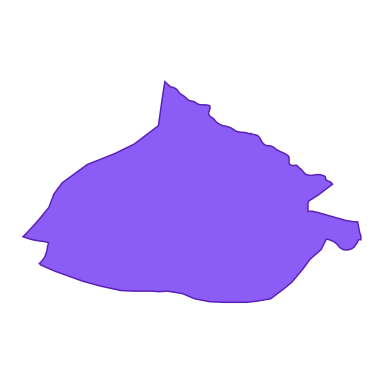 Talvern/Babonneau, Castries, Saint Lucia (Albers equal-area conic projection)
{"feature_id": "8701671B96630840865992", "entity_name": "Talvern/Babonneau", "entity_type": "district", "adm_level": 2, "iso_a3": "LCA", "parent_name": "Saint Lucia", "parent_adm1": "Castries", "projection": "albers", "projection_center": [-60.941, 13.997], "detail": "fine", "context": "isolated", "style": "filled", "palette": "violet", "viewbox_px": 384, "rotation_deg": 0, "n_neighbors": 0, "source": "geoboundaries", "source_scale": "gbopen_adm2", "svg_char_len": 6074}
<svg xmlns="http://www.w3.org/2000/svg" viewBox="0 0 384 384"><path d="M39.4,263.4L40.7,265.0L55.7,271.5L82.1,281.0L99.3,285.8L109.7,288.1L120.6,290.5L132.7,291.1L151.6,291.1L159.7,291.7L167.1,291.1L182.1,293.5L194.7,298.8L209.7,301.7L222.9,302.3L247.0,302.3L257.3,301.1L270.6,298.8L283.2,289.3L291.8,282.2L302.7,269.2L310.2,259.1L321.1,249.6L324.6,242.5L326.5,239.0L328.0,239.4L328.9,239.6L329.2,239.7L329.8,240.0L330.1,240.1L330.4,240.2L332.3,241.0L332.6,241.1L332.8,241.2L333.4,241.4L333.7,241.6L334.0,241.8L335.1,242.6L335.7,243.1L336.2,243.6L336.5,243.8L336.8,244.1L337.1,244.4L337.6,244.9L338.2,245.6L338.4,245.8L338.9,246.4L339.7,247.3L340.0,247.5L340.4,247.9L341.0,248.4L341.2,248.5L341.5,248.7L342.1,249.0L342.4,249.2L342.7,249.4L343.3,249.6L343.6,249.7L343.9,249.8L344.5,249.9L345.1,249.9L345.4,249.9L346.5,249.9L346.8,249.9L347.1,249.9L347.8,249.9L348.2,249.8L348.9,249.7L349.3,249.6L350.4,249.2L351.6,248.7L351.9,248.6L352.7,248.1L353.3,247.7L354.0,247.1L354.6,246.3L354.9,245.9L355.1,245.6L356.4,243.9L356.9,243.1L357.4,242.2L357.7,241.3L357.9,241.0L358.2,240.4L358.4,240.0L358.9,239.7L359.2,239.7L359.6,239.7L360.2,239.7L360.8,239.8L361.0,236.4L359.7,232.5L357.6,221.8L356.9,221.8L356.6,221.8L354.7,221.8L354.1,221.8L353.8,221.7L352.8,221.6L352.4,221.6L351.5,221.4L350.0,221.2L349.7,221.2L349.1,221.0L348.3,220.9L347.7,220.8L347.0,220.7L346.7,220.6L346.4,220.5L346.1,220.5L345.8,220.4L345.4,220.3L345.0,220.2L344.1,220.0L343.1,219.7L342.4,219.5L341.5,219.2L341.2,219.1L340.6,218.9L340.1,218.7L339.4,218.6L338.8,218.4L338.5,218.4L336.9,217.9L336.5,217.9L335.9,217.7L335.2,217.5L334.0,217.1L333.4,216.9L333.1,216.8L332.9,216.7L331.6,216.4L330.8,216.2L330.6,216.1L329.1,215.8L328.8,215.6L328.2,215.5L327.6,215.3L326.3,214.9L326.0,214.8L325.4,214.6L324.3,214.2L323.3,214.0L321.3,213.5L320.4,213.2L319.0,212.8L318.6,212.7L318.3,212.6L317.9,212.5L316.8,212.3L316.4,212.2L316.0,212.1L315.6,212.1L315.3,212.0L315.0,211.9L314.7,211.8L313.9,211.6L313.5,211.5L312.6,211.3L312.2,211.3L311.6,211.3L311.1,211.2L309.8,211.2L308.7,211.2L308.4,211.3L308.0,211.3L308.0,203.0L308.9,200.9L318.5,194.8L332.5,184.2L332.2,183.8L331.6,183.0L331.2,182.6L330.9,182.4L330.7,182.2L330.4,182.0L329.1,181.4L328.4,181.1L327.7,180.8L327.4,180.7L326.8,180.2L326.4,180.0L326.2,179.8L325.9,179.5L325.7,179.0L325.4,177.2L325.3,176.9L325.0,176.4L324.5,176.2L324.0,175.9L323.7,175.8L323.2,175.6L322.8,175.4L322.5,175.4L321.4,175.0L320.5,174.7L319.5,174.6L317.8,174.6L317.5,174.6L317.1,174.6L316.1,174.7L315.5,174.8L315.2,174.8L313.5,175.1L313.2,175.2L312.3,175.3L312.0,175.4L311.7,175.4L311.0,175.4L310.4,175.3L310.1,175.3L309.2,175.2L308.3,175.0L306.9,174.7L306.3,174.5L306.0,174.4L305.4,174.1L304.6,173.3L303.7,172.3L303.4,172.0L302.7,171.1L302.4,170.8L302.0,170.4L301.6,169.8L301.3,169.6L300.4,168.7L299.5,168.0L299.1,167.7L298.8,167.4L298.6,167.2L297.6,166.2L297.3,165.9L297.0,165.7L296.8,165.5L296.4,165.3L295.3,165.3L294.6,165.4L294.3,165.4L293.2,165.4L292.8,165.5L292.4,165.5L291.8,165.4L291.5,165.4L291.2,165.2L290.4,164.8L290.0,164.4L289.5,164.0L289.3,163.5L289.2,163.1L289.1,162.3L289.0,161.9L289.0,161.6L289.0,161.0L289.1,160.6L289.1,159.9L289.1,159.5L289.1,158.5L289.0,157.5L289.0,157.1L288.4,156.1L288.1,155.8L287.9,155.6L287.4,155.2L286.6,154.7L285.0,153.7L283.4,152.9L282.6,152.5L282.3,152.4L281.3,152.0L279.7,151.3L279.1,151.0L278.5,150.6L277.2,150.0L277.0,149.9L276.3,149.5L275.0,148.3L274.7,148.1L274.4,147.8L274.2,147.6L272.8,146.8L272.2,146.5L271.9,146.4L269.5,145.7L269.2,145.7L268.9,145.7L268.6,145.7L268.2,145.6L267.5,145.6L266.8,145.5L266.5,145.5L265.9,145.3L265.6,145.2L265.3,145.1L265.0,144.9L264.4,144.5L264.0,144.2L263.7,143.9L262.6,142.8L262.2,142.3L261.8,141.8L261.4,141.0L261.2,140.5L260.8,139.8L260.5,139.2L260.2,138.6L259.9,138.1L259.7,137.9L259.3,137.4L259.1,137.1L258.7,136.6L258.4,136.3L258.1,136.1L257.9,135.9L257.6,135.6L257.3,135.4L256.7,135.2L255.6,134.9L254.2,134.6L253.0,134.4L252.5,134.4L251.1,133.4L250.6,134.0L250.1,133.9L249.2,133.6L248.7,133.5L248.0,133.3L247.6,133.2L246.9,133.0L246.3,132.8L246.0,132.7L245.6,132.6L245.0,132.5L243.8,132.4L242.9,132.4L242.3,132.3L242.0,132.3L241.6,132.3L241.2,132.2L240.8,132.2L239.8,132.1L239.1,132.0L238.8,131.9L238.4,131.9L238.2,131.8L237.0,131.5L236.4,131.2L235.9,131.0L235.1,130.5L234.1,129.9L232.9,129.1L232.6,128.9L231.8,128.4L231.4,128.2L230.9,127.9L229.5,127.3L228.8,127.1L228.4,126.9L227.6,126.7L226.8,126.4L226.4,126.3L225.7,126.2L224.8,126.0L224.5,125.9L223.7,125.8L223.2,125.7L222.8,125.6L222.0,125.3L221.7,125.2L220.9,124.9L220.4,124.6L219.9,124.3L218.9,123.8L218.4,123.4L218.0,123.2L217.7,123.0L217.0,122.5L216.6,122.2L216.1,121.7L215.7,121.4L215.5,121.2L214.8,120.4L214.7,120.0L214.4,119.6L214.1,119.3L213.8,119.0L213.1,118.3L212.7,118.0L212.1,117.7L211.8,117.5L211.2,117.2L210.9,117.0L210.2,116.4L210.0,116.2L209.6,115.8L209.3,115.4L209.2,115.1L208.9,114.6L208.8,114.2L208.6,113.6L208.6,113.3L208.7,112.9L208.8,112.4L208.8,112.1L209.3,110.7L209.4,110.4L209.6,109.8L209.8,109.2L210.0,108.6L210.0,108.0L210.0,107.7L210.0,107.2L209.9,106.9L209.9,106.3L209.7,105.7L209.4,105.6L208.6,105.4L207.3,105.1L206.1,104.9L205.1,104.9L201.6,104.8L200.4,104.7L200.1,104.7L199.1,104.4L198.3,104.2L197.9,104.0L197.5,103.9L197.1,103.7L196.9,103.5L196.6,103.3L196.0,102.9L195.5,102.4L195.2,102.2L194.7,101.9L194.3,101.7L194.0,101.6L193.3,101.4L192.5,101.2L191.2,100.9L190.5,100.8L190.2,100.8L189.9,100.7L189.2,100.4L188.9,100.3L188.5,100.1L188.2,99.9L187.8,99.6L187.5,99.4L187.3,99.2L187.1,98.9L186.6,98.5L186.4,98.3L185.5,97.4L185.2,97.1L184.6,96.6L183.9,96.1L183.3,95.7L182.7,95.3L181.9,94.8L181.2,94.4L180.8,94.2L180.0,93.5L179.8,93.3L179.5,93.0L178.6,91.8L177.7,90.6L176.8,89.6L176.3,89.1L176.0,88.9L175.5,88.5L174.9,88.2L174.3,87.9L174.0,87.8L173.2,87.5L172.9,87.3L172.5,87.2L170.7,87.0L164.8,81.7L162.5,96.6L158.4,125.7L134.3,144.0L114.5,153.7L87.3,164.5L62.2,182.8L54.0,193.9L48.9,207.4L37.9,220.8L27.3,232.4L23.0,236.7L24.6,237.3L29.2,238.8L33.6,240.0L38.3,240.8L43.1,241.4L46.5,242.0L48.7,243.2L47.6,246.1L46.9,250.9L44.6,257.4L39.9,263.4L39.4,263.4Z" fill="#8b5cf6" stroke="#5b21b6" stroke-width="1.5"/></svg>